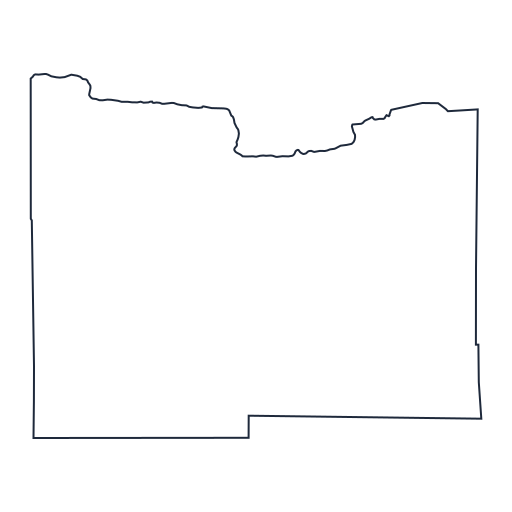 the district of Koochiching, Minnesota, United States of America
{"feature_id": "52423323B71326746759120", "entity_name": "Koochiching", "entity_type": "district", "adm_level": 2, "iso_a3": "USA", "parent_name": "United States of America", "parent_adm1": "Minnesota", "projection": "robinson", "projection_center": [-93.793, 48.279], "detail": "fine", "context": "isolated", "style": "outline", "palette": "slate", "viewbox_px": 512, "rotation_deg": 0, "n_neighbors": 0, "source": "geoboundaries", "source_scale": "gbopen_adm2", "svg_char_len": 2339}
<svg xmlns="http://www.w3.org/2000/svg" viewBox="0 0 512 512"><path d="M477.7,109.4L459.7,110.5L447.9,111.2L447.2,110.5L445.9,109.1L438.1,103.2L422.3,103.0L391.4,109.8L391.2,109.9L390.9,110.5L389.5,114.4L389.5,115.4L389.2,115.8L388.8,116.2L388.5,116.1L386.5,115.2L384.9,117.5L384.7,118.1L383.5,118.9L379.3,118.9L375.6,119.6L374.3,119.4L372.7,117.8L372.5,117.1L372.2,117.1L371.1,117.5L369.3,118.7L365.4,120.5L364.5,121.1L362.6,123.1L361.1,123.8L352.5,124.5L352.2,125.0L351.9,126.4L353.4,131.9L355.0,134.8L355.1,137.1L354.6,139.8L353.7,141.8L352.2,143.4L351.5,143.9L346.8,144.9L340.6,145.7L335.5,148.4L334.4,148.8L330.0,149.4L327.2,150.5L324.9,151.0L320.0,150.9L314.5,151.9L313.7,151.8L311.3,150.9L309.2,151.0L307.9,151.6L306.1,153.3L305.4,153.6L303.8,154.0L303.0,153.9L301.2,153.0L299.9,151.9L298.5,150.0L297.7,149.9L296.5,150.4L295.5,151.4L294.6,153.6L293.5,155.0L293.0,155.4L292.2,155.8L288.4,156.4L282.5,156.2L277.0,156.9L275.8,156.8L272.9,155.8L270.9,155.5L266.1,155.8L263.3,155.5L260.0,155.8L256.3,156.7L255.1,156.6L252.9,156.3L250.1,156.4L245.7,156.5L242.5,156.3L241.5,155.3L240.1,154.4L236.6,152.6L235.6,151.9L234.5,150.4L234.3,149.3L234.5,148.6L234.8,148.0L236.6,146.0L236.9,145.2L236.9,143.9L236.5,142.4L236.6,141.8L237.6,139.6L238.4,137.1L238.8,134.3L238.9,133.5L238.4,130.4L238.0,129.3L236.6,127.4L234.5,123.0L233.9,119.4L233.1,117.2L232.6,116.5L231.3,115.6L229.2,110.5L228.2,109.6L227.1,109.0L226.0,108.7L223.4,108.4L211.7,108.1L203.5,106.4L202.5,106.6L202.2,107.3L201.8,107.5L198.3,107.9L192.6,107.4L189.2,106.8L187.1,105.7L186.2,105.4L181.8,105.2L177.3,104.3L173.8,103.0L171.7,102.9L164.2,103.8L162.1,103.8L159.6,102.8L156.5,102.5L153.9,102.9L152.6,102.6L152.1,101.6L150.2,101.7L148.5,102.4L143.6,102.7L140.7,101.7L137.3,102.4L131.9,102.3L127.8,101.8L121.6,101.8L118.1,100.8L111.2,99.8L107.5,99.6L102.6,100.3L99.3,100.2L96.2,99.0L92.6,98.6L91.8,98.2L90.7,97.3L90.6,97.2L89.2,95.2L89.2,94.2L90.5,88.1L90.4,85.9L89.8,84.7L88.1,82.4L87.3,80.5L85.9,79.4L82.7,79.0L80.2,76.8L77.2,75.7L71.3,74.7L64.7,77.1L59.9,77.6L56.5,77.3L51.3,76.3L48.1,74.7L46.1,74.0L44.5,74.0L38.7,74.6L35.4,74.4L34.5,74.7L33.7,75.3L32.8,76.7L30.7,78.6L30.8,218.8L31.8,220.4L34.0,366.3L33.9,401.3L33.5,438.0L248.6,437.8L248.7,415.7L481.3,418.7L478.8,382.2L478.4,344.7L475.9,344.7L476.0,268.2L477.7,109.4Z" fill="none" stroke="#1e293b" stroke-width="2"/></svg>